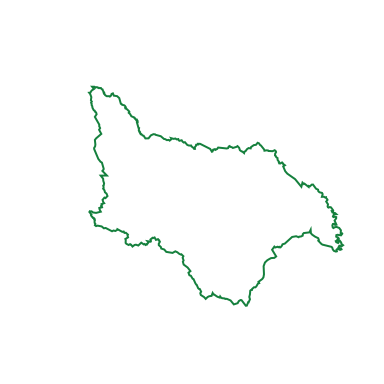 outline of Ban Phai, Khon Kaen, Thailand, rotated 136°
{"feature_id": "78962969B94804173540962", "entity_name": "Ban Phai", "entity_type": "district", "adm_level": 2, "iso_a3": "THA", "parent_name": "Thailand", "parent_adm1": "Khon Kaen", "projection": "equal_earth", "projection_center": [102.783, 16.032], "detail": "fine", "context": "isolated", "style": "outline", "palette": "green", "viewbox_px": 384, "rotation_deg": 136, "n_neighbors": 0, "source": "geoboundaries", "source_scale": "gbopen_adm2", "svg_char_len": 6011}
<svg xmlns="http://www.w3.org/2000/svg" viewBox="0 0 384 384"><g transform="rotate(136 192 192)"><path d="M129.0,48.7L128.2,50.1L127.3,50.1L126.4,49.3L125.7,47.5L124.3,46.9L124.1,47.4L125.2,50.4L123.4,51.0L122.9,50.6L122.4,49.1L120.3,48.8L120.6,50.9L119.8,52.0L119.5,54.3L120.3,55.2L121.6,53.9L122.3,53.8L123.1,55.7L122.7,56.8L121.5,56.4L120.2,56.9L119.5,56.2L118.9,56.3L118.5,57.6L119.3,59.7L118.1,60.7L117.0,60.1L114.9,57.3L112.9,57.6L112.8,58.1L113.6,58.6L113.7,59.1L111.5,61.0L111.1,63.9L112.3,66.5L113.8,67.5L115.3,67.8L115.4,68.7L114.2,70.5L112.9,71.1L112.1,70.6L111.9,68.9L110.8,68.2L109.3,72.4L106.6,72.9L105.7,73.8L106.6,75.1L107.7,75.7L107.6,76.5L105.6,77.3L103.6,75.8L103.7,77.4L105.2,79.7L104.7,81.2L103.6,80.4L103.2,80.7L102.7,84.4L103.3,85.4L104.6,85.9L104.8,86.6L104.5,87.4L102.7,88.7L102.1,91.9L100.0,92.2L99.8,92.8L99.7,94.9L99.3,95.2L100.2,95.9L100.4,97.0L101.9,98.3L99.5,99.7L99.1,101.0L100.5,103.3L100.6,104.8L99.7,106.1L100.5,108.2L99.8,113.3L100.7,114.1L103.3,114.2L103.8,115.2L104.6,114.6L105.3,119.9L106.0,120.0L106.0,122.0L109.7,119.8L108.9,129.6L110.7,139.0L110.5,142.2L108.6,147.1L106.6,146.7L107.0,148.9L106.7,149.2L106.7,150.7L108.6,151.1L109.4,152.0L108.9,153.1L108.5,153.1L108.1,155.7L106.9,157.0L107.2,158.5L106.7,160.0L106.9,160.6L105.6,161.8L103.8,162.3L103.4,163.0L103.5,164.6L105.7,165.4L108.5,168.4L108.4,168.9L109.3,170.1L111.2,171.4L110.6,172.3L110.1,177.6L110.4,178.7L110.0,180.4L110.6,181.8L113.2,181.5L115.0,182.8L118.3,183.3L119.5,182.6L120.8,184.3L122.7,184.6L125.1,184.2L126.2,184.6L127.5,183.8L127.7,186.2L128.1,186.6L128.5,188.8L127.4,191.0L127.4,193.4L128.7,193.6L132.0,195.3L132.2,196.5L133.2,198.1L133.0,198.9L134.0,199.2L135.6,198.5L136.8,199.2L142.3,205.8L144.0,205.5L145.8,206.0L145.7,206.9L146.4,207.3L147.4,207.2L147.5,207.7L148.2,207.7L148.3,207.2L148.8,207.2L149.0,207.7L149.9,206.3L149.0,210.4L152.7,221.0L154.2,222.5L154.6,221.9L156.2,223.1L157.0,222.5L159.1,222.2L159.9,221.0L160.5,221.5L160.3,222.6L160.7,225.2L160.3,226.0L161.9,227.5L162.7,229.1L162.5,232.8L163.6,233.3L163.8,234.7L163.5,236.4L165.5,237.6L165.6,238.6L165.1,239.6L166.5,240.5L166.8,242.0L168.3,243.0L169.6,245.2L169.8,244.3L172.4,244.5L172.6,245.7L174.0,246.7L174.6,248.7L175.3,249.6L175.7,253.8L178.5,258.5L178.5,259.1L179.6,260.4L182.2,261.3L186.0,260.8L188.3,262.9L187.7,266.1L188.3,267.0L188.2,268.8L188.8,269.2L188.1,271.7L187.7,271.5L187.4,273.4L185.7,274.7L186.0,275.2L183.3,280.3L182.8,280.0L182.4,281.1L182.0,281.0L182.1,281.8L181.6,281.7L181.4,282.4L182.1,282.7L181.8,284.3L182.1,284.4L182.0,285.6L181.8,285.8L183.0,288.6L182.4,290.9L182.5,292.9L181.4,293.1L181.2,293.7L181.3,297.0L181.9,298.4L181.5,299.1L180.7,299.0L180.4,300.5L180.5,301.4L181.7,303.3L181.5,304.3L181.9,304.9L179.1,310.1L179.3,313.0L181.3,315.6L180.4,317.9L181.7,318.4L183.3,317.6L184.8,317.7L184.9,318.3L186.8,320.2L187.2,322.0L186.8,323.2L187.1,323.7L186.6,324.8L186.1,324.7L185.6,327.2L185.1,327.8L185.5,329.0L185.3,330.1L186.3,330.9L186.6,331.7L187.1,331.8L187.4,333.2L188.5,334.3L188.9,334.2L189.1,335.5L190.7,337.1L191.0,334.2L193.7,334.7L196.1,334.1L197.0,334.8L197.2,333.1L198.5,330.2L201.0,328.2L201.3,326.6L202.6,326.3L202.9,325.1L203.8,324.3L204.1,323.1L205.1,321.7L205.9,319.0L205.5,318.1L206.0,316.8L205.7,315.9L206.6,314.2L209.7,313.5L211.9,304.9L213.1,303.7L213.7,301.8L215.6,301.3L216.9,296.8L223.7,297.2L225.7,296.9L228.5,293.3L229.9,292.2L231.9,291.6L232.6,290.7L236.4,280.9L236.8,277.4L236.4,275.7L239.3,270.2L240.0,269.6L241.8,269.4L241.8,263.0L246.3,267.2L246.7,263.3L248.1,261.6L249.2,259.3L251.2,257.9L251.5,258.1L252.8,256.2L253.6,256.1L253.8,254.0L254.8,252.3L254.6,250.2L255.6,247.8L258.5,247.7L258.9,248.8L261.8,248.5L262.9,246.2L263.0,245.0L265.4,246.1L265.7,245.3L266.6,245.4L267.1,243.9L267.6,244.2L267.7,243.7L269.8,244.9L270.7,243.4L271.3,241.2L275.5,243.6L277.6,246.3L277.5,247.1L277.8,248.0L278.5,248.3L278.8,249.1L279.7,248.9L280.0,245.7L280.7,245.6L281.2,244.0L280.9,243.4L281.3,242.3L280.7,241.6L281.2,240.7L280.8,240.3L281.4,239.2L281.9,239.2L283.5,237.4L283.7,236.1L284.9,235.6L284.7,234.1L283.3,233.4L280.9,230.0L280.6,227.1L279.1,226.1L276.8,219.3L275.2,218.8L274.2,217.2L272.2,216.7L271.5,217.1L269.8,211.7L268.6,211.0L269.0,209.5L267.9,208.6L267.7,205.8L268.8,205.3L269.5,203.8L272.6,204.5L272.9,203.6L275.1,201.5L275.2,200.3L274.4,197.9L272.8,197.5L272.8,196.6L272.4,196.3L272.7,194.1L270.1,193.8L268.9,193.0L267.8,190.8L263.7,190.8L263.1,187.8L262.2,187.5L262.2,186.2L260.9,186.1L260.9,185.6L258.3,186.0L258.2,187.5L256.3,185.0L255.6,185.2L254.9,186.7L252.4,186.5L252.1,186.4L252.1,185.9L250.5,185.3L251.2,182.6L249.2,181.7L249.2,180.2L249.5,180.2L249.7,178.5L251.8,177.9L252.8,176.8L252.6,174.1L253.4,172.7L251.9,169.9L252.1,166.8L248.3,161.7L245.2,160.9L244.4,158.8L244.1,156.3L243.4,154.6L242.9,154.5L242.8,151.8L244.4,151.2L245.6,148.6L247.0,148.2L248.4,145.6L247.6,140.7L248.1,136.2L250.6,136.4L251.7,133.9L251.0,132.5L251.8,129.1L251.4,128.3L253.0,123.9L253.3,122.4L253.1,122.0L254.4,118.5L254.3,117.4L253.8,116.9L254.0,116.1L254.7,113.9L256.3,113.5L257.2,111.8L256.3,108.0L256.4,105.6L253.7,105.6L252.1,105.1L250.1,103.7L247.3,105.0L247.7,103.4L247.4,103.3L246.5,99.0L245.4,96.8L244.3,97.3L244.5,96.0L244.1,94.7L242.4,92.7L242.4,92.0L241.2,91.0L239.6,87.2L240.0,82.1L236.4,80.3L234.2,81.0L232.2,80.6L231.5,79.8L232.3,72.8L231.5,72.2L228.1,73.7L227.9,73.3L224.8,74.6L223.7,76.7L221.3,78.2L218.7,80.5L217.9,80.6L216.8,79.9L216.1,80.5L213.6,80.4L212.6,79.4L211.3,79.4L208.2,80.3L207.0,79.8L206.6,81.2L201.9,80.6L199.9,81.0L197.4,82.8L192.0,88.9L188.5,90.6L185.2,90.6L182.7,90.0L181.0,89.5L178.5,87.4L176.2,87.2L174.5,94.8L170.7,95.5L170.7,94.3L168.4,93.1L168.3,92.3L167.3,91.9L167.3,91.1L166.8,90.7L164.7,90.9L163.2,91.5L161.1,90.4L151.2,90.1L147.8,87.8L146.7,85.4L145.9,85.4L144.5,84.3L142.7,83.7L141.6,84.7L140.1,84.8L135.6,81.4L132.9,82.4L135.1,79.8L135.2,77.9L134.5,74.4L133.3,71.1L134.1,69.3L135.0,69.2L135.0,64.6L134.7,63.5L129.8,55.7L129.7,54.7L130.6,52.9L130.8,51.1L129.9,49.2L129.0,48.7Z" fill="none" stroke="#15803d" stroke-width="2"/></g></svg>